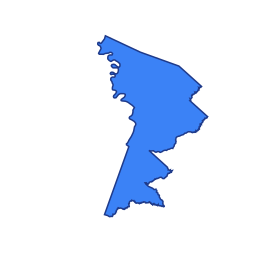 the district of Mapiripana, Guainía, Colombia, rotated 312°
{"feature_id": "7082276B54584642345614", "entity_name": "Mapiripana", "entity_type": "district", "adm_level": 2, "iso_a3": "COL", "parent_name": "Colombia", "parent_adm1": "Guainía", "projection": "mercator", "projection_center": [-70.379, 2.876], "detail": "fine", "context": "isolated", "style": "filled", "palette": "blue", "viewbox_px": 256, "rotation_deg": 312, "n_neighbors": 0, "source": "geoboundaries", "source_scale": "gbopen_adm2", "svg_char_len": 5858}
<svg xmlns="http://www.w3.org/2000/svg" viewBox="0 0 256 256"><g transform="rotate(312 128 128)"><path d="M114.7,141.1L47.9,168.5L49.3,171.4L49.7,173.5L50.1,174.0L51.1,174.5L51.2,174.9L51.7,175.5L52.7,175.4L53.9,174.5L54.5,175.4L56.0,175.9L57.1,175.2L57.8,175.4L57.9,175.1L58.5,174.9L58.9,174.5L60.6,174.6L60.9,174.1L61.4,174.0L61.9,174.4L62.1,174.3L62.1,174.8L62.5,174.8L62.8,175.6L63.6,176.0L64.3,177.7L64.8,178.4L64.8,178.8L64.5,178.8L64.9,179.6L65.4,179.9L65.9,179.8L66.2,179.9L66.3,179.5L66.6,179.5L66.9,180.2L67.8,180.1L68.0,180.7L68.2,180.9L69.3,180.5L70.3,181.5L70.6,181.4L71.2,180.5L71.6,180.1L71.7,179.7L72.1,179.4L72.4,179.5L72.4,179.3L72.7,179.4L73.8,178.6L75.1,178.6L76.2,179.0L76.0,179.4L76.5,179.6L76.8,179.4L76.8,179.8L77.4,180.2L77.6,181.8L77.8,181.7L77.7,182.1L77.9,182.3L77.5,182.5L77.4,182.9L77.6,183.4L77.4,183.8L77.8,184.6L78.3,184.7L78.6,185.3L79.1,185.6L79.3,186.8L79.6,186.6L80.0,186.8L80.3,187.6L80.8,187.9L80.8,187.5L81.5,187.6L81.5,188.0L82.9,189.0L83.4,188.8L83.6,189.4L84.3,189.9L84.4,190.7L84.1,190.9L84.3,191.6L84.9,191.7L85.8,193.0L86.9,193.1L87.0,193.4L87.4,193.4L87.3,194.0L87.6,194.2L87.8,194.7L87.6,195.1L87.1,195.3L87.4,196.0L87.2,196.7L87.8,197.2L87.7,197.4L87.9,197.4L87.7,197.6L88.2,197.7L88.0,197.9L88.7,198.0L88.6,198.6L89.0,198.5L88.9,198.7L89.3,199.3L89.2,199.7L89.6,199.9L89.5,200.4L89.6,200.6L89.8,200.4L89.9,201.0L90.3,201.2L90.1,201.7L90.5,201.9L91.0,201.8L90.6,202.2L91.1,202.4L91.0,202.7L91.1,203.2L91.9,204.0L92.0,204.2L91.8,204.2L92.3,205.0L92.4,205.5L92.7,205.5L93.0,206.0L93.3,206.0L93.1,206.7L93.5,207.1L93.5,207.3L94.0,207.4L94.2,207.2L94.3,206.8L93.9,206.8L93.9,205.9L95.1,204.8L95.2,204.2L96.5,203.5L97.0,202.8L96.9,202.1L97.2,201.6L96.9,200.6L96.9,199.5L97.4,198.6L97.6,197.5L98.9,196.4L99.0,195.7L98.7,195.4L98.6,195.0L99.7,193.6L99.4,192.7L99.4,191.9L100.5,191.7L100.9,190.9L100.8,190.1L101.2,189.7L99.7,188.6L99.7,186.6L98.3,182.4L98.3,179.0L98.7,177.4L99.5,178.2L99.2,179.0L99.6,179.4L99.5,179.8L99.9,180.6L100.8,180.6L101.8,180.2L103.3,180.9L103.8,181.7L104.6,181.5L105.0,182.0L105.8,181.9L106.4,182.2L107.3,182.2L107.9,182.5L108.3,182.2L108.6,182.9L109.6,183.0L110.3,183.8L112.7,184.8L113.6,185.6L113.8,187.9L114.6,188.7L115.5,188.6L116.3,189.0L117.3,188.9L118.3,189.2L119.4,188.6L121.1,188.1L121.4,188.6L122.0,188.7L122.3,189.2L123.3,189.1L124.1,189.9L124.8,189.2L125.6,189.5L126.0,189.4L124.6,188.5L124.9,188.0L124.6,187.6L125.0,187.4L124.2,187.1L124.2,186.1L123.9,185.9L124.3,185.7L124.6,184.2L125.2,183.7L125.3,158.6L126.2,160.4L128.1,162.1L128.2,163.7L128.7,165.0L130.3,165.8L131.2,166.8L131.3,168.0L131.6,168.4L133.6,169.3L134.9,169.5L136.4,170.5L137.2,171.7L138.7,171.9L139.9,172.9L141.9,173.7L142.8,175.0L143.3,174.7L145.4,174.4L146.9,173.5L148.5,173.7L149.1,173.2L150.0,172.9L150.3,172.1L150.9,171.8L151.0,171.3L151.4,171.2L152.8,170.3L153.8,170.2L155.5,170.9L156.6,171.8L158.3,172.4L160.2,173.6L162.1,173.7L163.1,174.6L164.6,174.9L165.8,175.5L166.3,176.3L166.8,176.6L166.9,177.1L167.3,177.5L167.3,178.2L167.8,178.5L167.8,179.1L168.7,179.4L168.9,180.0L169.6,180.2L169.7,180.6L170.0,180.8L170.1,180.7L170.2,181.0L170.5,180.8L170.4,181.0L170.8,181.1L171.2,180.8L171.8,180.9L171.8,181.2L172.3,181.0L172.7,181.4L172.9,181.3L172.9,181.6L174.2,181.7L174.5,181.3L174.9,181.7L175.1,181.4L175.1,180.9L175.4,180.8L175.3,181.1L175.6,181.2L176.5,180.3L176.6,180.5L177.3,180.7L177.8,180.5L177.8,180.2L178.5,179.6L178.4,180.2L179.1,179.8L179.6,180.3L179.9,179.7L180.0,179.9L180.5,179.5L181.6,179.4L181.9,179.7L182.5,179.5L182.6,179.3L183.3,179.2L183.3,178.5L184.2,178.7L184.6,178.6L185.0,179.1L185.4,178.8L185.9,178.8L186.0,179.0L186.9,178.6L187.2,179.4L187.9,179.5L188.1,179.8L188.6,179.6L188.8,179.8L189.4,179.4L189.7,179.5L189.7,155.7L190.2,155.9L190.5,155.6L190.6,155.8L191.0,155.1L191.0,155.5L192.3,155.0L192.6,155.2L192.9,155.1L193.4,155.2L194.8,153.5L195.3,153.8L195.9,153.4L196.5,153.7L196.3,154.0L196.9,154.0L197.6,154.5L198.8,154.5L199.0,154.2L199.0,154.5L199.3,154.4L199.5,155.1L200.3,155.1L200.5,154.6L200.9,155.0L201.8,155.2L203.2,154.7L203.1,155.0L203.8,155.3L204.0,154.6L204.8,154.6L204.9,154.0L205.3,154.1L205.4,153.8L205.5,154.1L205.8,153.8L206.2,154.4L207.2,154.2L207.2,154.5L207.4,154.4L207.6,154.7L207.8,154.5L207.9,154.9L208.1,154.9L208.1,124.4L192.6,86.4L181.4,49.5L178.5,50.9L173.2,51.4L172.3,50.8L172.2,50.4L172.5,49.5L171.6,48.6L171.0,48.7L170.5,49.0L169.9,49.7L169.8,50.7L170.2,51.7L170.2,52.7L169.4,54.4L168.8,54.9L163.9,56.1L163.6,56.5L163.7,57.4L166.4,60.5L168.0,61.1L170.8,63.5L172.2,63.9L173.1,65.2L173.0,66.7L172.1,67.2L171.5,67.2L170.2,65.7L169.0,65.1L168.2,65.1L167.5,65.4L166.4,66.2L165.8,66.9L165.6,68.7L165.9,70.5L166.4,71.0L167.8,71.3L169.0,71.8L169.7,72.6L169.9,74.6L170.3,75.9L170.3,78.8L169.9,79.4L169.0,80.3L168.1,80.7L167.2,80.6L166.6,79.6L166.4,78.1L166.4,76.0L165.9,74.8L164.5,73.7L163.3,73.8L162.7,74.6L162.7,76.6L165.8,80.1L165.7,80.8L164.7,82.1L162.7,83.3L161.6,83.5L160.6,83.2L160.0,82.7L159.7,82.0L159.5,80.0L158.8,78.7L157.7,78.1L156.7,78.3L156.4,78.8L156.4,79.7L158.2,81.0L158.7,82.5L158.5,83.3L157.9,83.8L157.0,84.0L156.3,83.5L155.7,82.6L155.0,82.1L153.8,81.9L152.8,82.4L152.0,83.4L151.8,84.8L150.8,86.4L150.4,87.7L149.5,88.5L148.6,88.8L147.2,89.6L146.2,90.7L146.2,91.3L147.3,92.9L147.5,93.6L147.6,94.3L147.4,95.1L147.0,95.4L145.3,95.8L142.6,95.7L141.7,96.1L141.3,96.6L141.1,97.2L141.3,97.8L142.4,98.8L146.6,98.6L148.5,99.4L150.7,101.9L151.1,102.9L151.1,103.5L150.3,104.2L148.6,104.7L144.7,103.9L144.2,104.1L143.8,104.5L144.1,105.4L146.2,108.2L147.0,110.3L147.7,116.1L147.5,119.1L144.6,119.7L143.2,121.0L140.8,122.3L139.2,122.3L137.7,121.8L136.8,121.9L136.3,122.2L136.0,122.8L136.0,123.7L136.5,125.1L137.1,128.3L136.7,130.4L136.0,131.3L134.9,131.8L133.3,132.0L129.5,134.3L127.8,135.0L124.1,136.1L119.3,136.9L118.6,137.2L116.3,137.7L115.3,137.4L114.5,138.1L114.8,140.8L114.7,141.1Z" fill="#3b82f6" stroke="#1e3a8a" stroke-width="1.5"/></g></svg>